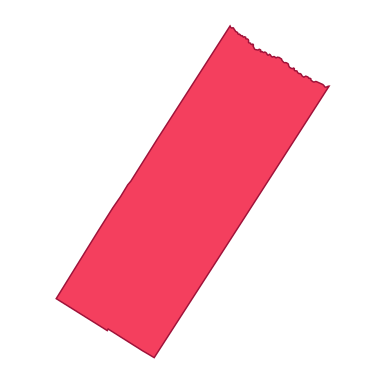 Marshall, Minnesota, United States of America (Albers equal-area conic projection), rotated 123°
{"feature_id": "52423323B67799781771195", "entity_name": "Marshall", "entity_type": "district", "adm_level": 2, "iso_a3": "USA", "parent_name": "United States of America", "parent_adm1": "Minnesota", "projection": "albers", "projection_center": [-97.048, 48.358], "detail": "fine", "context": "isolated", "style": "filled", "palette": "rose", "viewbox_px": 384, "rotation_deg": 123, "n_neighbors": 0, "source": "geoboundaries", "source_scale": "gbopen_adm2", "svg_char_len": 2087}
<svg xmlns="http://www.w3.org/2000/svg" viewBox="0 0 384 384"><g transform="rotate(123 192 192)"><path d="M355.4,247.8L354.4,187.6L352.6,187.7L352.1,147.0L351.5,133.5L189.0,134.0L28.6,134.7L28.9,135.1L29.3,135.5L30.5,136.2L31.2,136.9L31.5,137.7L31.4,138.3L30.9,139.3L30.6,140.9L31.6,147.4L31.7,147.9L32.0,148.5L33.2,149.4L33.6,150.2L33.5,152.7L33.3,153.2L32.5,153.8L32.3,154.2L32.4,155.0L32.7,155.3L33.0,155.8L32.9,156.3L32.5,156.6L32.5,158.0L32.7,159.0L32.9,159.7L34.5,160.6L34.8,160.9L34.8,162.0L34.6,163.3L33.9,164.3L33.8,164.8L33.8,165.8L33.9,166.1L34.3,166.5L34.5,167.2L34.3,168.3L34.1,168.9L33.4,169.7L33.5,170.1L33.7,170.9L34.2,171.4L34.2,172.1L33.9,172.8L32.9,173.3L32.7,173.6L32.8,174.4L33.6,174.7L34.2,176.0L34.3,177.6L34.2,178.4L33.3,179.9L32.5,180.6L32.2,181.1L32.1,181.5L32.2,183.1L32.5,184.0L33.1,184.7L33.3,185.2L33.3,185.8L32.8,187.7L32.4,188.6L31.9,189.0L31.7,189.4L31.7,190.0L31.7,192.2L32.5,193.9L33.3,194.2L33.7,194.7L33.8,195.1L33.6,196.1L33.7,197.0L35.0,198.1L35.1,198.5L34.9,199.8L34.3,201.1L34.3,202.0L34.6,202.2L35.1,202.2L35.8,202.6L35.9,202.9L35.8,203.6L35.4,204.5L35.1,204.8L35.0,205.2L34.8,206.1L34.9,206.9L35.1,207.3L35.9,207.7L36.1,208.1L36.1,209.8L36.9,210.5L37.0,210.7L36.9,211.1L36.7,211.4L35.9,211.4L35.6,211.7L35.5,212.2L35.6,213.2L35.9,213.5L36.3,213.5L37.0,214.0L37.9,216.1L38.1,216.8L38.1,217.3L36.5,219.9L36.3,220.2L35.3,220.5L34.9,221.1L34.9,221.5L35.1,221.8L35.6,221.9L35.9,222.5L35.9,223.2L35.4,223.8L35.4,224.1L35.5,224.6L35.8,225.2L35.9,225.5L35.7,226.1L35.4,226.4L34.6,226.6L33.6,227.7L33.5,228.1L33.5,228.9L34.1,230.0L34.1,230.4L33.3,231.0L33.0,231.3L33.1,232.2L33.4,232.7L34.0,233.1L34.1,233.4L34.0,234.0L33.7,234.3L33.6,235.0L33.7,235.4L34.1,235.6L34.2,236.2L34.2,236.8L33.8,237.4L33.8,238.3L34.4,238.9L34.3,239.8L33.7,240.2L33.5,240.7L33.4,241.3L33.6,242.9L32.9,244.2L32.9,244.5L31.9,246.5L31.9,247.0L32.2,247.4L32.6,247.6L32.8,247.9L32.9,248.7L32.9,249.1L32.7,249.5L32.1,250.3L32.0,250.5L166.4,249.9L216.2,249.2L220.9,249.8L234.6,249.4L248.2,249.8L274.6,249.5L355.4,247.8Z" fill="#f43f5e" stroke="#9f1239" stroke-width="1.5"/></g></svg>